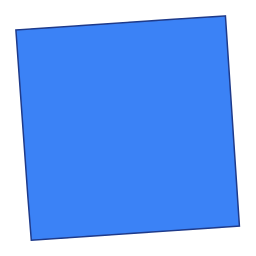 outline of Cuming, Nebraska, United States of America, rotated 176°
{"feature_id": "52423323B98097136535369", "entity_name": "Cuming", "entity_type": "district", "adm_level": 2, "iso_a3": "USA", "parent_name": "United States of America", "parent_adm1": "Nebraska", "projection": "orthographic", "projection_center": [-96.807, 41.916], "detail": "fine", "context": "isolated", "style": "filled", "palette": "blue", "viewbox_px": 256, "rotation_deg": 176, "n_neighbors": 0, "source": "geoboundaries", "source_scale": "gbopen_adm2", "svg_char_len": 259}
<svg xmlns="http://www.w3.org/2000/svg" viewBox="0 0 256 256"><g transform="rotate(176 128 128)"><path d="M23.0,233.0L74.5,233.3L233.0,233.6L232.7,67.6L232.3,22.8L111.7,22.6L23.7,22.4L23.0,233.0Z" fill="#3b82f6" stroke="#1e3a8a" stroke-width="1.5"/></g></svg>